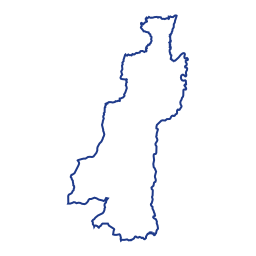 El Zulia, Norte de Santander, Colombia
{"feature_id": "7082276B69134689190168", "entity_name": "El Zulia", "entity_type": "district", "adm_level": 2, "iso_a3": "COL", "parent_name": "Colombia", "parent_adm1": "Norte de Santander", "projection": "natural_earth1", "projection_center": [-72.603, 8.097], "detail": "fine", "context": "isolated", "style": "outline", "palette": "blue", "viewbox_px": 256, "rotation_deg": 0, "n_neighbors": 0, "source": "geoboundaries", "source_scale": "gbopen_adm2", "svg_char_len": 5821}
<svg xmlns="http://www.w3.org/2000/svg" viewBox="0 0 256 256"><path d="M156.0,233.3L156.6,230.6L157.1,229.7L157.8,229.0L158.0,228.3L157.5,225.4L156.7,223.2L156.9,221.6L155.9,219.3L153.9,218.2L153.2,217.4L153.4,216.5L155.0,215.8L155.1,215.3L154.7,214.6L154.6,213.4L154.1,212.7L153.6,210.8L152.5,208.7L152.5,206.8L151.6,206.1L150.9,204.8L151.0,203.9L151.6,203.4L152.4,200.8L152.7,199.2L152.0,197.0L152.6,195.5L152.8,190.5L152.6,189.9L151.7,189.0L151.5,187.5L153.5,185.7L154.0,182.8L154.5,182.2L155.4,181.8L155.8,180.5L155.7,179.3L155.0,177.3L154.9,176.1L156.1,171.6L154.7,168.3L153.7,167.1L153.3,163.9L154.1,160.1L153.6,156.0L153.8,154.6L154.2,154.1L155.7,153.9L156.3,152.8L156.5,146.4L155.5,144.8L155.5,143.6L157.1,141.0L157.4,140.0L157.2,139.0L156.2,136.7L156.3,136.0L156.7,135.3L156.6,134.4L156.9,132.8L157.9,129.6L157.6,128.9L156.4,128.4L156.4,126.9L156.9,124.9L161.3,120.7L162.5,120.3L165.2,120.5L166.9,119.1L169.7,119.0L170.3,118.5L171.0,117.0L171.8,116.0L172.9,115.6L173.7,116.0L174.4,115.9L175.0,115.4L175.5,114.4L176.8,113.7L177.1,112.9L177.0,111.0L177.3,110.1L178.0,109.5L178.8,110.0L179.5,109.8L181.5,106.7L181.4,105.7L180.6,104.4L180.3,102.3L180.7,101.0L181.5,99.7L182.0,97.9L183.0,96.6L183.3,95.3L183.4,90.1L184.2,89.4L185.7,89.6L186.2,88.9L186.0,87.9L184.4,85.4L184.8,84.6L185.9,84.6L186.1,84.4L185.8,80.8L185.2,80.3L183.3,80.7L182.1,80.3L181.2,79.0L180.9,77.5L181.3,75.6L182.4,74.7L183.5,74.8L185.3,76.4L185.8,76.3L186.2,75.8L186.3,74.8L186.0,73.8L185.9,72.7L186.2,71.5L187.0,70.0L187.2,68.7L186.7,67.7L185.3,67.5L185.0,66.7L185.3,66.0L186.5,65.2L186.8,64.3L186.7,63.5L185.8,62.3L185.7,60.9L186.2,60.4L187.6,60.1L187.9,59.4L187.7,58.7L187.0,58.0L185.3,58.5L184.6,58.0L184.3,56.8L184.9,54.3L184.6,53.5L183.9,53.1L182.6,53.4L180.7,54.9L178.7,57.4L175.2,60.6L174.2,60.7L173.9,61.0L173.7,60.7L172.5,60.5L172.0,60.0L171.8,59.4L171.4,59.2L170.9,59.2L170.7,59.0L171.4,55.3L170.6,54.7L170.5,54.2L170.1,53.8L170.2,52.9L169.8,52.3L169.6,51.1L169.7,49.8L170.6,48.9L170.1,48.0L170.7,48.0L170.8,47.2L170.3,46.8L170.2,45.2L169.8,45.5L169.8,44.7L170.1,44.2L169.7,43.8L169.8,43.1L169.3,42.5L169.6,42.2L170.3,42.0L170.2,41.4L170.7,41.4L170.9,40.9L170.2,39.4L170.3,37.9L169.7,36.4L170.4,35.8L170.3,35.4L170.7,34.6L170.3,34.5L171.6,33.2L171.8,32.0L172.4,30.9L172.5,29.3L173.7,27.3L173.8,24.2L174.8,22.4L175.0,20.8L176.4,16.7L176.6,15.7L175.9,15.4L174.8,15.6L173.0,17.1L171.2,17.0L170.4,16.5L169.8,16.9L168.7,16.6L168.6,17.4L169.1,17.7L168.8,18.1L169.0,18.6L168.7,18.9L167.6,18.2L167.0,18.4L166.5,18.3L164.8,19.1L164.0,18.8L162.1,18.9L161.4,18.4L160.8,17.3L158.6,17.1L158.0,17.6L157.0,16.9L154.6,17.1L152.6,17.7L151.6,17.6L151.2,17.8L150.2,17.7L148.9,16.9L147.2,18.5L146.9,18.5L146.4,17.8L145.7,18.8L145.9,20.1L147.0,21.2L147.0,21.5L144.8,22.6L143.3,24.2L141.6,22.9L141.0,23.2L141.0,23.9L141.7,25.3L141.8,26.0L141.1,26.7L140.9,27.7L143.3,30.6L143.6,31.3L144.8,31.3L145.9,31.9L148.6,32.4L148.9,33.4L150.3,34.4L150.4,35.9L151.4,36.7L151.5,37.9L151.1,39.2L151.6,40.6L151.5,41.1L150.8,42.4L150.6,43.2L149.7,43.7L149.6,44.6L149.0,44.9L148.1,44.8L147.8,45.6L146.7,46.4L146.2,47.5L146.8,47.9L146.9,48.4L145.9,49.0L146.0,49.8L146.5,50.7L146.3,51.3L145.2,51.4L144.4,52.0L142.6,51.0L140.7,51.1L140.3,51.4L139.7,52.6L138.2,52.8L137.5,53.1L136.3,52.9L134.4,54.4L133.7,54.5L132.7,54.0L132.2,54.3L131.8,55.2L131.6,55.4L130.9,55.1L129.3,55.1L128.4,54.5L127.8,54.8L127.2,55.6L126.0,55.4L125.5,54.5L125.1,54.9L123.5,59.9L123.6,61.1L122.4,62.6L122.7,64.5L122.1,65.3L122.0,65.7L122.4,69.2L121.2,71.5L122.2,74.7L121.1,76.0L120.5,77.8L120.9,78.7L122.1,79.1L125.6,79.5L126.3,79.2L126.8,79.5L126.6,80.2L126.2,80.1L126.3,81.2L126.9,82.1L126.1,83.2L126.1,84.7L125.8,85.3L126.4,86.4L126.8,88.1L125.3,92.5L124.1,94.5L124.5,95.8L123.3,97.3L120.6,98.5L119.7,98.5L119.6,99.1L119.9,100.5L119.7,101.0L118.1,100.8L116.9,101.3L115.5,101.2L114.9,102.0L112.7,102.5L110.8,102.1L108.9,102.1L108.6,102.5L107.6,102.8L107.4,103.6L106.3,103.4L105.5,104.0L106.0,104.9L105.1,106.4L105.3,107.2L104.7,107.8L104.6,112.3L103.8,113.2L104.1,114.7L103.4,115.8L103.2,117.0L103.8,118.4L102.9,120.9L102.7,122.4L102.0,124.9L103.2,129.8L103.2,131.0L103.6,131.7L104.3,134.3L103.9,135.9L102.9,138.0L102.8,138.7L101.4,141.6L99.5,143.5L97.6,147.0L97.3,148.2L97.3,150.4L96.4,152.8L93.5,156.5L92.1,157.0L89.8,156.8L88.0,157.0L85.5,158.6L83.7,158.6L81.9,159.0L78.1,160.1L77.7,160.4L79.0,162.4L79.1,163.7L78.4,165.5L74.5,173.2L72.1,174.8L71.5,174.8L70.8,176.3L70.8,177.2L71.6,178.1L71.8,179.3L72.8,180.7L72.9,182.2L73.3,184.0L73.3,185.4L74.1,186.1L74.2,187.8L73.8,188.6L73.6,190.2L72.5,191.3L72.0,192.7L71.3,193.4L68.8,194.7L68.2,196.0L68.3,203.1L68.1,203.6L70.2,203.6L72.6,202.8L73.6,202.2L74.9,202.3L76.5,203.2L78.5,202.7L80.2,202.9L82.1,203.8L84.6,204.1L85.8,203.6L87.2,202.3L88.2,200.9L88.5,200.0L89.5,199.0L91.2,199.0L94.5,197.7L96.5,198.3L98.8,199.6L102.6,200.5L103.5,201.0L104.5,200.6L105.0,200.1L106.1,198.0L107.9,198.4L106.3,200.6L106.0,202.5L104.9,203.5L104.6,204.3L104.5,205.6L105.1,207.4L104.5,208.5L104.5,209.8L103.8,211.7L102.7,213.2L98.0,215.5L95.3,217.7L94.2,219.2L93.1,219.8L92.1,221.1L92.8,222.1L92.9,224.3L94.0,225.6L94.2,226.7L94.7,225.8L95.8,225.5L97.4,226.2L98.6,227.6L98.8,227.7L99.6,226.4L100.5,226.1L102.0,224.0L102.6,223.6L107.9,223.6L108.9,225.6L113.9,228.8L114.2,229.3L113.6,231.1L113.1,234.4L114.3,234.8L116.4,234.9L119.5,234.3L120.2,235.1L120.9,237.8L120.6,238.9L121.0,240.6L121.9,239.8L124.2,239.9L127.1,239.4L128.8,240.4L131.6,239.7L131.6,239.9L133.8,238.6L135.0,236.7L135.4,236.5L136.0,236.6L137.2,237.5L138.4,237.6L139.3,236.9L140.7,237.3L141.6,238.0L142.8,237.7L144.1,239.1L144.7,239.2L146.0,238.0L146.0,236.7L146.3,236.1L147.7,233.8L148.6,233.8L149.2,232.9L149.7,233.1L150.1,232.3L151.4,232.4L151.2,233.2L151.9,233.1L152.2,233.6L153.5,233.3L153.5,234.5L154.2,235.2L154.8,235.0L155.3,234.0L156.0,233.3Z" fill="none" stroke="#1e3a8a" stroke-width="2"/></svg>